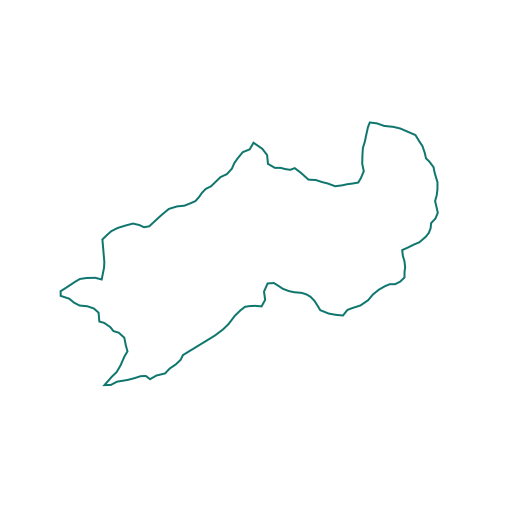 the district of Neves Paulista, São Paulo, Brazil, rotated 46°
{"feature_id": "56859067B65354392339928", "entity_name": "Neves Paulista", "entity_type": "district", "adm_level": 2, "iso_a3": "BRA", "parent_name": "Brazil", "parent_adm1": "São Paulo", "projection": "robinson", "projection_center": [-49.646, -20.875], "detail": "fine", "context": "isolated", "style": "outline", "palette": "teal", "viewbox_px": 512, "rotation_deg": 46, "n_neighbors": 0, "source": "geoboundaries", "source_scale": "gbopen_adm2", "svg_char_len": 2192}
<svg xmlns="http://www.w3.org/2000/svg" viewBox="0 0 512 512"><g transform="rotate(46 256 256)"><path d="M287.0,58.9L279.8,57.3L272.8,60.2L264.4,63.7L258.4,67.6L251.4,73.5L244.7,76.8L239.0,81.4L241.0,85.8L245.2,92.2L249.3,98.2L252.5,104.0L257.5,109.5L263.3,115.4L269.9,119.6L272.8,126.4L274.2,131.4L270.6,136.7L267.6,140.7L265.2,144.7L260.8,150.6L253.9,153.9L248.4,157.3L242.9,160.2L237.5,165.2L227.6,165.9L219.7,167.1L217.8,171.5L213.9,174.5L209.8,177.0L205.7,181.2L198.1,183.4L191.1,177.9L183.3,177.0L172.8,179.1L174.9,186.5L172.1,193.4L173.0,201.3L174.1,207.1L176.4,212.6L176.9,220.0L174.6,226.6L174.6,232.7L174.6,240.0L172.8,245.7L173.0,250.9L174.1,256.5L174.4,261.5L172.6,266.4L170.1,272.5L165.5,278.3L161.6,286.0L160.9,295.0L160.7,301.6L160.5,312.1L157.5,316.6L152.7,318.4L147.2,322.0L143.6,328.4L139.7,336.1L137.6,342.9L137.4,348.7L137.4,355.0L155.0,369.3L158.9,373.5L165.7,383.3L160.0,386.8L154.1,393.2L150.2,398.6L148.8,404.4L147.9,409.4L147.0,414.2L145.6,421.0L149.0,424.2L157.0,420.0L163.2,419.3L169.1,417.3L174.9,412.3L181.1,409.1L187.4,408.6L194.3,414.2L198.6,411.7L205.9,410.2L211.0,410.7L215.8,408.0L223.3,407.5L229.5,411.5L235.3,414.7L236.9,420.5L240.6,429.4L242.7,437.0L242.7,443.7L243.6,454.7L247.9,450.0L249.9,443.2L256.0,434.4L259.4,428.4L262.3,422.5L265.8,418.6L271.0,417.8L272.8,410.7L277.3,403.0L277.0,396.2L278.3,388.8L278.3,382.2L276.5,377.4L283.1,347.9L284.7,340.6L285.9,330.6L285.9,323.2L284.3,312.7L284.3,304.8L284.9,299.2L287.5,295.5L291.3,291.2L296.1,287.0L293.9,279.9L287.2,275.0L283.8,266.7L287.9,261.9L293.9,260.4L298.2,259.5L304.1,256.7L308.7,253.6L314.2,248.8L318.6,246.4L323.3,245.1L329.0,245.1L333.9,246.1L339.6,247.4L347.9,243.7L353.7,239.5L359.2,234.8L358.3,227.7L360.3,223.0L364.1,215.3L365.7,206.1L364.9,198.7L365.6,190.8L367.4,183.9L369.2,179.4L372.9,175.5L374.6,170.1L374.6,164.1L370.6,160.2L367.7,156.5L362.8,152.8L357.8,150.2L353.3,146.7L355.5,140.7L357.4,134.6L359.6,129.0L360.1,120.4L359.4,115.6L357.4,111.2L354.0,107.2L353.7,100.9L351.2,95.2L346.6,92.4L340.9,89.0L337.7,83.6L334.1,79.2L329.0,74.2L324.3,71.8L320.1,69.6L315.5,66.6L308.4,65.7L303.9,65.9L298.9,62.9L292.5,59.9L287.0,58.9Z" fill="none" stroke="#0f766e" stroke-width="2"/></g></svg>